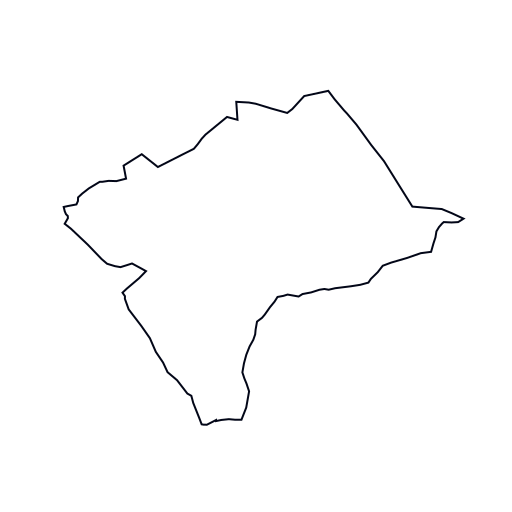 outline of Al-Muqdadiya, Diyala, Iraq, rotated 10°
{"feature_id": "34846034B81294640274407", "entity_name": "Al-Muqdadiya", "entity_type": "district", "adm_level": 2, "iso_a3": "IRQ", "parent_name": "Iraq", "parent_adm1": "Diyala", "projection": "robinson", "projection_center": [44.954, 33.88], "detail": "fine", "context": "isolated", "style": "outline", "palette": "ink", "viewbox_px": 512, "rotation_deg": 10, "n_neighbors": 0, "source": "geoboundaries", "source_scale": "gbopen_adm2", "svg_char_len": 1762}
<svg xmlns="http://www.w3.org/2000/svg" viewBox="0 0 512 512"><g transform="rotate(10 256 256)"><path d="M62.0,257.5L68.9,261.2L88.3,274.0L104.6,285.9L110.7,289.5L117.2,290.3L118.9,290.5L124.5,290.5L130.5,287.4L135.2,284.9L146.0,288.5L150.3,290.0L144.7,298.2L134.4,310.6L130.9,315.3L133.9,318.3L134.1,319.4L134.3,320.9L139.9,330.7L155.0,344.6L165.8,355.4L174.0,367.8L183.0,377.1L189.1,385.8L199.8,392.0L212.3,403.4L216.6,404.9L219.7,411.6L228.3,425.5L231.7,431.2L233.5,431.2L236.9,430.7L241.7,427.1L245.1,424.5L245.3,425.5L250.3,423.5L257.6,421.4L263.6,420.9L270.1,419.8L272.7,407.0L272.7,396.1L272.7,390.5L268.8,383.3L265.8,378.6L262.8,373.0L262.8,368.8L262.8,363.7L263.6,354.9L265.4,346.2L267.9,339.0L268.8,333.3L268.4,328.6L268.4,324.0L268.4,320.4L272.7,315.8L274.8,312.2L278.7,303.9L282.2,297.7L284.3,292.6L289.9,290.5L293.8,288.5L305.0,288.5L308.4,285.4L316.6,282.3L324.4,278.2L329.1,276.6L333.4,276.6L339.5,274.0L354.5,269.4L363.6,266.3L371.3,262.7L373.1,258.6L378.7,250.8L382.5,243.6L390.3,239.0L404.9,231.8L417.8,224.6L427.7,221.5L428.6,212.7L429.5,206.5L429.4,200.4L431.2,195.7L433.7,191.6L435.0,190.0L442.8,189.0L447.1,188.0L449.2,187.5L453.9,183.2L441.2,179.8L430.8,177.5L417.9,178.7L401.4,180.2L383.3,160.1L365.6,140.4L350.2,126.7L332.1,109.2L320.9,99.9L317.4,97.3L306.2,88.0L298.5,80.8L275.7,90.1L266.2,105.0L261.9,109.7L245.5,108.1L229.2,106.1L222.3,106.1L209.8,107.6L214.1,125.1L203.3,124.1L185.2,145.2L182.2,149.9L179.2,156.0L176.2,161.2L165.6,169.1L155.5,176.7L143.9,185.4L125.8,175.6L109.9,190.0L114.6,202.4L105.5,206.5L97.8,207.6L91.8,209.6L89.2,210.1L79.7,218.4L74.1,224.6L70.6,229.2L71.1,232.8L70.2,236.4L62.0,239.5L58.1,241.1L59.9,245.2L61.6,247.8L63.7,249.3L64.2,251.4L62.0,257.5Z" fill="none" stroke="#020617" stroke-width="2"/></g></svg>